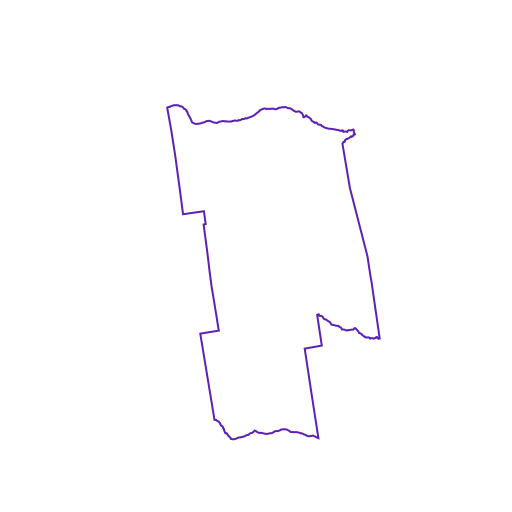 outline of Marcos Paz, Buenos Aires, Argentina, rotated 38°
{"feature_id": "61730980B37548441938699", "entity_name": "Marcos Paz", "entity_type": "district", "adm_level": 2, "iso_a3": "ARG", "parent_name": "Argentina", "parent_adm1": "Buenos Aires", "projection": "mercator", "projection_center": [-58.848, -34.821], "detail": "fine", "context": "isolated", "style": "outline", "palette": "violet", "viewbox_px": 512, "rotation_deg": 38, "n_neighbors": 0, "source": "geoboundaries", "source_scale": "gbopen_adm2", "svg_char_len": 6118}
<svg xmlns="http://www.w3.org/2000/svg" viewBox="0 0 512 512"><g transform="rotate(38 256 256)"><path d="M363.4,205.7L358.5,201.3L344.0,187.6L288.0,144.5L255.0,114.3L255.0,113.7L254.7,112.3L255.1,112.1L255.6,111.4L255.0,110.2L254.9,109.5L255.2,108.7L255.2,108.3L255.5,108.3L255.6,108.1L255.6,107.8L255.9,107.4L256.4,106.3L256.7,105.9L257.0,104.5L257.0,103.9L257.3,103.3L257.5,103.1L257.9,103.2L258.0,102.9L257.9,102.7L258.4,102.4L258.6,101.6L258.4,100.6L258.1,100.2L258.3,100.0L258.7,99.9L259.1,99.3L257.5,98.4L256.7,98.1L255.8,96.8L255.1,96.5L254.7,96.5L254.1,97.6L253.6,98.5L252.6,99.2L251.7,99.7L251.5,99.9L251.3,101.1L251.5,102.0L251.2,102.2L250.7,102.3L249.8,102.8L248.5,104.3L248.2,104.3L248.2,104.0L247.8,103.8L247.2,103.7L246.7,103.8L246.4,104.3L246.1,104.9L246.0,105.1L244.8,105.6L242.9,106.2L241.5,107.2L240.1,107.7L239.8,107.9L239.1,108.4L237.3,109.3L234.6,111.1L231.4,112.4L230.6,112.6L229.1,112.7L228.3,113.0L227.7,113.0L226.4,112.7L225.9,113.1L224.0,114.1L223.6,114.1L221.8,113.6L221.0,114.0L220.8,114.3L220.8,114.6L220.6,114.8L220.0,115.0L219.8,115.0L219.1,114.7L218.7,114.8L218.0,115.1L217.6,115.2L216.9,115.1L216.6,115.1L214.6,114.2L213.6,114.3L212.4,114.1L211.3,114.5L210.2,114.7L209.8,114.3L209.4,114.1L209.0,114.3L208.9,115.4L208.6,116.4L208.5,117.0L208.3,117.2L208.0,117.3L207.7,117.3L206.9,116.5L206.3,116.1L204.9,115.4L204.0,115.2L203.5,115.2L202.9,115.5L201.1,115.4L200.8,115.5L199.2,117.3L198.7,117.8L197.9,117.9L196.9,118.2L194.4,118.3L192.3,118.5L191.9,118.6L190.4,119.7L188.7,120.1L187.0,120.8L186.9,120.9L186.4,121.7L185.6,122.2L184.7,123.0L183.9,124.2L183.0,124.8L182.9,125.1L182.5,125.6L182.3,126.7L182.0,127.2L181.6,127.5L181.4,127.9L180.8,128.6L179.1,129.2L177.7,130.2L176.8,131.1L176.7,131.4L176.6,131.5L176.1,131.7L174.9,132.5L174.7,132.8L174.2,133.2L174.0,133.6L173.8,133.7L172.6,134.0L172.2,134.2L170.9,135.7L170.5,136.4L170.1,137.4L169.4,138.6L169.3,138.8L169.5,139.2L169.5,139.7L169.3,140.4L169.2,141.0L168.8,142.1L168.4,144.1L168.2,144.7L168.1,145.8L166.9,148.6L165.9,150.1L165.8,150.6L165.0,151.4L164.3,152.9L164.1,153.3L163.3,153.7L162.8,154.1L162.6,154.5L162.1,155.6L160.8,156.5L160.3,157.9L160.1,158.4L159.4,159.2L158.9,159.4L158.5,159.9L158.5,160.3L158.3,160.7L157.3,161.6L156.8,161.8L156.4,161.9L155.6,162.4L155.0,163.7L154.2,164.1L154.2,164.5L153.7,165.3L152.9,165.9L152.0,166.7L150.6,167.7L150.3,167.8L149.6,168.3L148.9,168.6L148.6,169.0L147.2,169.7L146.8,170.1L146.1,170.8L145.7,171.4L145.1,172.1L144.4,172.8L143.7,174.3L143.6,174.8L143.1,175.4L141.7,176.1L140.7,176.7L139.7,177.1L138.2,177.4L136.0,178.2L135.6,178.5L134.9,179.3L134.2,179.9L133.8,180.4L133.6,181.0L132.8,182.7L132.5,183.1L132.0,183.4L131.5,184.5L131.0,185.2L130.2,186.1L129.6,186.8L127.4,188.9L126.1,189.5L123.7,190.0L123.2,190.0L122.6,189.7L121.6,189.0L119.7,188.0L119.1,187.8L118.1,187.3L117.5,187.1L117.2,186.9L115.1,186.1L114.3,185.6L113.9,185.2L113.3,184.9L112.9,184.7L111.9,184.6L111.4,183.9L109.7,183.9L109.3,184.1L108.7,184.3L107.2,183.9L106.0,183.8L104.5,184.3L104.1,184.8L103.8,184.9L102.7,184.9L102.2,185.0L101.4,185.7L100.8,185.8L100.5,186.0L100.3,186.2L100.1,186.6L98.9,187.3L98.5,187.7L97.5,189.3L96.8,190.1L96.6,190.6L96.3,191.0L96.3,191.5L96.1,192.0L95.5,192.4L95.1,192.8L94.7,193.8L111.6,208.9L130.5,226.6L154.4,249.9L172.8,268.0L187.4,252.8L196.7,261.8L195.3,263.4L215.8,283.5L229.7,297.5L239.8,307.4L249.1,315.9L272.6,337.7L259.9,351.5L324.2,410.7L324.8,410.3L325.4,409.7L326.4,409.9L326.9,409.9L328.6,409.4L329.2,409.8L330.4,409.8L330.8,410.0L331.1,410.4L332.0,410.7L332.6,411.0L332.9,411.1L333.4,411.1L333.7,410.9L334.1,410.8L335.3,411.2L336.0,411.9L337.3,412.1L337.7,412.3L337.8,412.7L338.7,413.3L339.7,413.8L340.6,414.4L341.0,414.5L341.3,414.4L341.7,413.8L341.9,413.7L342.9,413.9L343.6,414.4L344.9,414.5L345.3,414.8L346.3,414.8L348.1,415.1L348.7,415.5L349.1,415.5L350.5,414.7L351.0,414.4L351.3,414.2L351.7,413.4L352.5,412.6L352.9,412.1L353.6,410.4L354.7,409.0L355.1,408.9L355.4,408.5L355.5,408.2L356.0,407.7L356.9,406.7L357.4,405.8L357.6,405.7L358.1,405.0L358.3,404.6L358.6,403.4L358.9,403.0L359.1,402.8L359.2,402.5L359.9,402.0L360.2,401.5L360.3,401.0L360.4,399.7L360.9,398.9L361.8,397.9L362.3,396.1L362.3,394.9L362.5,394.3L366.2,393.8L367.2,393.5L367.8,393.2L368.7,392.3L372.4,390.6L374.0,389.6L375.3,388.2L375.9,387.3L376.5,386.9L377.1,386.3L377.8,385.3L378.1,384.5L378.5,383.9L378.4,383.4L378.8,382.5L379.5,381.7L380.0,381.3L380.6,380.9L381.1,380.2L381.6,379.7L382.4,378.2L382.5,377.6L382.8,377.1L383.7,376.3L384.8,375.1L386.0,374.4L387.5,373.7L390.3,373.3L391.3,373.4L392.1,373.2L392.8,372.5L395.1,370.9L396.1,370.0L397.0,369.5L397.5,369.3L398.9,368.6L399.9,368.2L400.6,368.2L401.2,367.6L401.9,367.3L403.5,367.1L405.4,366.4L406.5,366.4L407.2,366.2L408.5,365.7L410.2,364.0L411.6,362.3L412.6,362.2L413.7,361.9L414.6,361.8L417.3,361.1L382.4,328.3L351.4,299.0L363.0,286.1L340.4,264.7L340.5,264.5L340.9,263.8L341.2,263.4L341.6,263.4L341.8,263.7L342.3,264.1L342.9,264.0L343.2,263.9L343.8,263.4L344.2,263.1L345.2,262.9L346.2,262.9L346.6,263.0L347.2,263.4L347.7,263.6L348.3,263.7L349.3,263.5L349.7,263.2L350.5,262.9L351.0,262.9L352.0,263.0L352.9,262.8L354.0,262.8L355.0,262.6L356.2,263.0L357.1,263.4L357.8,263.6L358.2,263.4L359.9,262.5L361.7,261.8L362.9,261.1L363.6,260.6L364.3,260.3L365.2,260.5L366.2,260.3L366.9,260.2L367.3,260.2L368.9,261.0L369.5,260.5L370.8,259.7L371.2,259.5L371.9,259.4L372.4,259.3L373.4,258.8L373.7,258.5L373.8,258.1L374.0,257.8L374.6,257.6L375.3,256.7L376.5,255.3L378.1,254.0L378.1,253.6L378.0,252.9L378.1,252.1L378.3,251.9L378.5,251.8L379.3,251.8L380.4,252.0L381.2,252.0L382.0,252.3L382.8,252.3L383.4,252.5L384.2,253.1L384.4,253.2L384.7,253.2L385.5,252.8L386.1,252.8L387.1,252.6L387.6,252.6L388.5,252.9L389.6,252.8L390.2,252.8L390.7,252.7L391.7,252.9L392.1,252.8L392.3,252.5L393.6,252.0L394.3,251.2L394.9,250.7L396.0,250.7L396.5,250.9L396.9,250.7L397.0,250.4L397.0,250.0L398.4,249.1L399.2,248.9L399.5,248.8L399.7,248.1L399.9,247.8L400.5,247.5L400.7,247.1L400.8,246.9L400.6,246.6L400.6,246.4L400.8,245.7L401.0,245.6L401.5,245.3L402.5,245.6L402.8,245.9L403.4,245.8L403.6,245.8L404.2,244.8L363.4,205.7Z" fill="none" stroke="#5b21b6" stroke-width="2"/></g></svg>